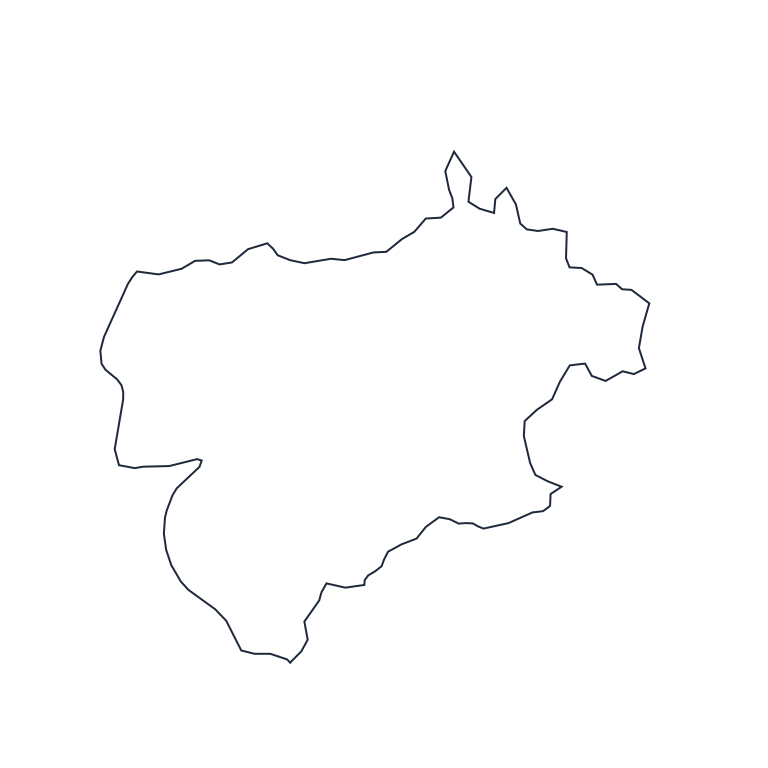 SVG path tracing the border of Mtskheta-Mtianeti, rotated 244°
{"feature_id": "GEO-3034", "entity_name": "Mtskheta-Mtianeti", "entity_type": "Region", "adm_level": 1, "iso_a3": "GEO", "parent_name": "Georgia", "parent_adm1": "", "projection": "albers", "projection_center": [44.706, 42.223], "detail": "fine", "context": "isolated", "style": "outline", "palette": "slate", "viewbox_px": 768, "rotation_deg": 244, "n_neighbors": 0, "source": "natural_earth", "source_scale": "10m", "svg_char_len": 1810}
<svg xmlns="http://www.w3.org/2000/svg" viewBox="0 0 768 768"><g transform="rotate(244 384 384)"><path d="M427.2,110.2L443.5,113.4L484.5,142.8L491.1,146.1L498.0,147.5L505.1,146.2L508.4,144.7L518.9,139.9L526.0,139.0L538.2,143.6L549.0,152.9L586.3,197.8L590.4,204.6L593.4,211.3L581.3,229.5L576.3,252.6L577.5,268.2L571.8,281.1L563.5,288.7L559.9,300.7L564.8,321.0L561.6,340.8L554.2,343.6L546.3,344.9L536.5,353.9L527.4,365.5L519.8,391.3L512.6,402.9L506.9,432.1L501.8,444.0L506.4,463.7L507.5,478.0L514.4,494.1L508.6,508.0L512.2,523.8L520.8,526.8L529.9,527.6L548.5,532.4L562.1,548.8L531.7,553.3L510.8,539.8L499.6,546.8L489.5,557.9L501.4,565.1L506.6,580.1L487.6,581.3L468.5,576.8L460.4,580.1L454.0,589.5L449.5,603.8L440.5,614.9L417.2,602.7L407.5,601.9L401.6,612.5L390.8,619.4L379.9,619.0L372.2,636.5L364.8,639.5L360.1,647.7L340.2,657.8L322.2,641.6L304.5,628.8L283.4,625.9L283.4,612.9L290.8,604.1L289.6,584.5L300.2,574.3L314.2,573.7L319.3,559.2L309.0,543.2L296.6,528.4L293.8,510.1L290.5,499.2L290.2,498.2L289.0,494.2L276.0,486.9L248.9,480.7L235.9,480.2L224.9,488.4L218.9,493.9L213.8,498.6L212.1,485.5L201.6,479.8L200.0,471.2L203.2,461.9L203.5,461.2L204.4,434.9L210.4,410.1L214.9,406.0L219.7,402.8L223.1,396.6L225.8,389.9L233.6,383.9L240.1,375.1L237.2,359.0L230.8,345.5L232.2,329.5L231.5,314.1L226.3,307.2L221.3,302.0L219.6,294.1L218.9,285.9L216.2,280.7L212.0,278.2L217.9,260.0L230.0,244.9L224.2,236.5L217.8,230.8L205.4,208.3L187.6,203.3L180.0,192.6L175.3,179.2L174.6,177.5L178.9,176.2L184.2,170.8L191.3,163.6L198.3,149.3L207.1,138.9L240.3,138.4L255.6,133.5L284.8,117.9L295.6,114.8L314.4,113.4L330.4,115.5L344.6,120.1L345.9,120.5L359.8,128.5L365.6,133.3L376.7,145.1L381.1,152.0L390.4,181.8L395.1,186.6L398.4,183.1L404.4,155.0L415.2,131.4L417.6,123.2L427.2,110.2Z" fill="none" stroke="#1e293b" stroke-width="2"/></g></svg>